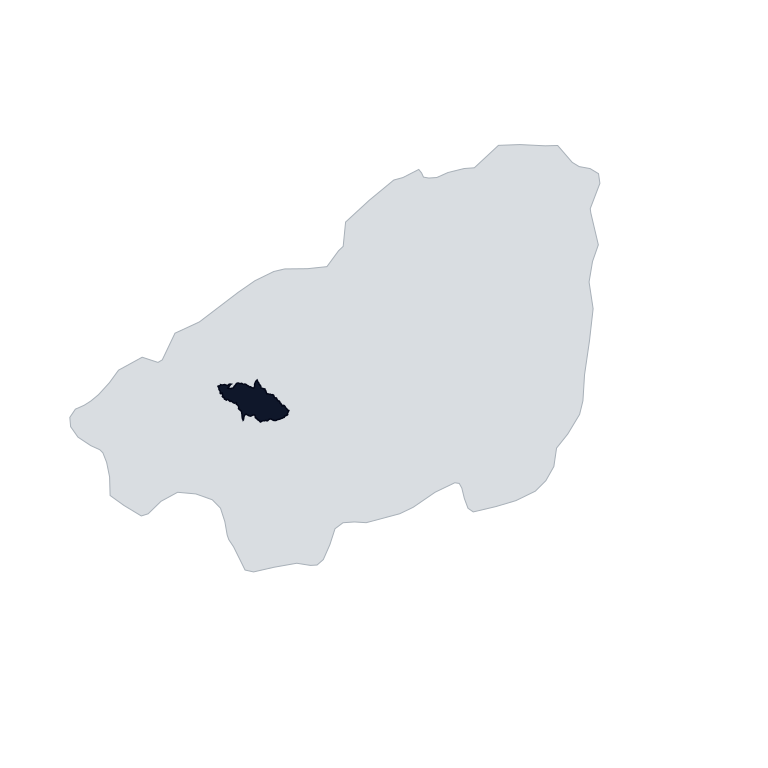 Saleng, Mongar, Bhutan shown in context, rotated 149°
{"feature_id": "84629894B77073852352819", "entity_name": "Saleng", "entity_type": "district", "adm_level": 2, "iso_a3": "BTN", "parent_name": "Bhutan", "parent_adm1": "Mongar", "projection": "natural_earth1", "projection_center": [91.106, 27.254], "detail": "fine", "context": "in_parent", "style": "filled", "palette": "ink", "viewbox_px": 768, "rotation_deg": 149, "n_neighbors": 0, "source": "geoboundaries", "source_scale": "gbopen_adm2", "svg_char_len": 6902}
<svg xmlns="http://www.w3.org/2000/svg" viewBox="0 0 768 768"><g transform="rotate(149 384 384)"><path d="M597.2,330.5L596.2,335.3L591.3,348.0L588.1,361.8L590.8,373.2L601.9,386.7L616.7,397.5L635.6,398.3L653.0,394.2L660.0,395.9L669.5,413.9L676.2,429.5L667.1,445.6L662.1,459.7L660.4,469.8L661.5,474.1L667.1,482.2L673.7,496.1L674.6,508.8L670.5,517.2L661.5,521.4L652.0,520.2L644.1,520.4L634.2,521.9L618.8,526.5L604.4,532.6L577.5,531.5L566.6,518.9L561.6,518.9L537.0,535.2L510.3,532.3L461.7,537.7L441.4,539.0L420.5,537.2L409.9,533.8L390.3,522.3L372.5,514.0L354.4,521.6L348.1,523.0L333.5,542.6L302.0,549.1L270.6,553.8L261.4,551.2L243.7,550.0L243.1,545.5L243.6,541.0L239.6,537.5L232.4,533.8L220.1,532.3L204.3,527.4L195.2,522.8L163.0,529.6L144.3,519.3L123.1,505.1L112.3,499.0L108.5,477.0L104.8,469.9L96.4,462.5L91.8,453.8L95.6,444.8L116.9,428.1L118.6,424.2L128.6,392.9L142.2,381.6L155.7,365.8L166.0,340.8L185.7,315.1L207.3,288.7L222.1,267.2L232.0,257.2L252.2,246.5L269.1,240.2L280.9,225.8L295.0,217.8L309.5,214.2L331.0,216.1L351.2,221.3L373.4,228.4L376.0,234.2L374.1,244.4L370.9,254.7L370.7,260.0L374.2,262.9L395.9,264.9L422.5,263.3L437.4,264.7L470.7,274.3L480.4,281.0L490.6,286.2L500.5,285.2L513.1,274.2L526.4,264.8L534.6,263.3L540.5,266.4L551.1,275.3L573.0,283.7L592.6,290.1L598.9,296.1L596.8,321.9L597.2,330.5Z" fill="#d9dde1" stroke="#a8b0b8" stroke-width="1"/><path d="M490.7,452.8L491.5,452.6L492.6,452.3L493.8,451.4L495.1,450.4L495.7,449.2L496.1,448.7L496.6,448.2L497.4,447.9L497.7,447.7L498.1,447.7L498.3,447.7L499.6,449.7L499.7,450.2L499.8,450.4L500.4,450.5L500.7,450.6L500.9,450.8L501.0,451.4L501.1,451.8L501.2,452.1L501.7,452.8L502.0,453.3L502.4,454.4L502.6,454.9L503.4,455.7L503.9,455.8L504.4,455.9L505.0,456.5L505.2,456.8L505.4,457.5L505.8,458.0L506.2,458.1L506.6,458.1L507.6,458.9L508.2,459.6L508.3,459.8L508.5,459.8L509.0,460.2L509.4,460.3L509.8,460.4L510.3,460.2L510.7,460.2L510.9,460.2L511.1,460.0L511.2,459.8L511.4,459.8L511.8,459.7L512.0,459.6L512.3,459.5L512.6,459.2L513.2,459.3L513.4,459.3L513.7,459.0L514.1,458.9L514.5,458.6L514.8,458.4L515.2,458.3L516.1,458.5L516.5,458.7L516.7,458.8L517.1,458.8L517.5,458.8L518.0,459.3L518.6,459.8L518.8,459.9L519.4,460.1L519.6,460.4L519.8,460.7L520.0,460.9L519.7,461.1L518.9,461.3L518.6,461.4L518.3,461.5L517.7,461.8L516.7,462.1L516.4,462.4L516.1,462.5L515.7,462.6L515.2,462.6L515.9,463.2L516.7,463.5L517.1,463.6L518.0,463.3L518.4,463.3L519.0,463.4L520.2,464.7L520.8,465.6L521.3,465.7L521.7,465.9L522.2,466.1L522.4,466.2L522.8,466.3L523.1,466.3L523.6,466.7L523.8,466.9L524.0,467.2L524.4,467.6L524.5,467.4L524.9,467.0L525.2,467.0L526.1,467.2L527.0,467.6L527.3,467.7L527.5,467.6L527.5,467.0L527.7,465.5L527.7,465.0L527.8,464.8L528.1,464.6L528.2,464.4L528.3,464.2L528.2,463.7L528.3,462.9L528.2,462.7L528.1,462.4L528.0,462.1L528.1,461.9L528.4,461.5L529.0,460.8L529.2,460.4L529.2,460.1L529.1,459.9L528.6,459.8L528.2,459.9L527.6,459.9L527.2,459.6L527.2,459.4L527.3,459.2L527.8,458.9L527.9,458.6L527.8,458.1L528.0,457.4L528.2,457.1L528.8,456.8L529.0,456.7L529.0,456.4L528.9,455.8L528.7,455.5L528.0,454.8L527.9,454.7L527.9,454.4L528.2,454.2L528.5,453.8L528.5,453.5L528.5,453.2L528.4,453.0L527.5,452.3L527.5,452.0L527.6,451.6L527.6,451.4L527.1,451.3L526.6,451.4L526.3,451.4L525.8,451.2L525.5,450.9L525.4,450.7L525.4,449.7L525.1,448.9L525.0,448.4L524.9,448.3L524.7,448.4L524.2,448.4L523.8,448.2L523.4,447.2L523.1,446.6L522.9,445.7L522.6,445.3L522.1,444.6L521.6,444.4L520.8,444.3L520.3,444.3L520.2,444.2L520.1,443.8L520.3,443.5L520.9,442.9L521.0,442.7L520.8,442.3L520.5,441.8L520.3,441.4L520.2,440.3L520.4,439.3L520.6,438.7L521.0,438.2L521.3,438.0L521.3,437.9L521.4,437.5L521.2,437.0L521.1,436.6L521.0,436.1L520.6,435.4L520.6,435.0L520.4,434.3L520.4,433.7L520.5,433.2L521.0,432.3L521.1,432.1L521.4,431.0L521.7,430.5L522.1,429.8L522.3,429.5L522.3,429.2L522.5,428.8L523.0,428.0L523.0,427.8L523.1,427.4L523.3,426.9L523.3,426.2L523.3,425.8L523.4,425.5L523.0,425.6L522.6,426.1L522.2,426.6L521.7,427.0L521.4,427.5L521.2,427.8L520.9,428.1L520.6,428.3L520.0,428.8L519.6,429.0L519.1,429.1L518.8,429.2L518.3,429.2L517.7,429.2L517.4,428.6L517.1,428.0L516.7,427.7L516.7,427.3L516.5,427.0L516.4,426.7L515.8,426.1L515.4,425.6L514.8,425.1L513.7,425.0L512.8,425.0L512.5,424.9L511.9,424.7L511.6,424.5L511.2,424.5L511.1,424.4L510.9,424.0L510.9,423.9L510.7,423.5L510.9,423.1L510.9,422.9L511.3,422.1L511.3,421.9L511.5,421.5L511.6,421.4L511.5,421.2L511.3,421.1L511.2,421.0L511.3,420.6L511.1,420.2L511.1,419.8L511.0,419.6L510.8,419.4L510.7,419.2L510.6,418.7L510.6,418.4L510.6,418.2L510.4,418.1L510.3,417.7L510.1,417.6L509.9,417.1L509.8,416.4L509.7,416.2L509.7,415.7L509.6,415.3L509.5,415.2L509.4,415.0L508.9,415.0L508.2,415.0L507.6,415.0L507.4,415.0L507.0,415.0L506.8,415.0L506.5,414.8L506.2,414.6L505.8,414.3L505.6,414.1L505.4,414.0L505.1,413.9L504.6,413.9L504.1,413.7L503.6,413.2L503.5,412.9L503.3,412.7L503.2,412.6L502.7,412.5L502.2,412.5L501.5,412.8L500.5,412.9L499.7,412.6L499.4,412.5L499.1,412.3L498.8,412.2L498.7,412.1L498.7,411.9L498.3,411.2L497.9,410.5L497.8,410.4L497.7,410.2L497.6,409.8L497.4,409.7L497.0,409.6L496.8,409.3L496.3,408.8L495.8,408.6L495.4,408.4L494.8,408.3L494.4,408.4L493.5,408.3L492.8,408.0L491.6,407.6L490.6,407.4L489.8,407.4L489.0,407.1L488.2,407.1L487.7,407.1L486.7,406.8L486.4,407.0L486.1,407.3L486.0,407.6L485.9,407.6L485.4,407.6L485.2,407.6L484.9,407.4L484.7,407.3L484.1,407.5L483.9,407.5L483.8,407.4L483.5,407.3L482.8,407.2L482.3,407.4L482.2,407.5L482.2,407.9L482.0,408.2L481.7,408.7L481.3,409.0L480.4,409.4L480.2,409.6L479.8,409.9L479.2,410.2L479.2,410.3L479.4,410.4L479.6,410.7L479.8,411.1L480.0,411.6L480.2,411.8L480.1,412.3L480.2,412.5L480.1,412.9L480.3,413.4L480.5,414.0L480.5,414.5L480.5,415.1L480.4,415.7L480.6,416.7L480.9,417.3L481.3,417.1L481.6,417.2L481.8,417.2L482.0,417.5L482.5,417.5L482.8,417.5L482.6,418.2L482.5,418.3L482.4,418.3L482.3,418.8L482.3,419.0L482.5,419.4L482.6,419.7L482.5,419.9L482.4,420.2L482.4,420.3L482.4,420.5L482.5,420.8L482.7,421.1L483.0,421.4L482.8,421.7L482.7,421.9L482.5,422.7L482.6,423.3L482.8,423.6L483.4,423.9L483.4,424.2L483.5,424.4L483.5,424.6L483.6,424.9L483.6,425.1L483.6,425.4L483.7,425.9L483.6,426.6L483.4,427.0L483.4,427.4L483.7,427.6L483.9,427.7L484.2,428.1L484.5,428.3L484.7,428.5L484.9,428.8L484.8,429.4L484.7,429.8L484.5,430.7L484.4,431.3L484.6,431.6L484.9,432.2L485.2,432.3L485.5,432.5L485.8,432.6L486.4,433.2L486.7,433.8L487.0,433.9L487.7,434.4L488.5,435.3L489.1,435.7L489.5,435.9L489.5,436.0L489.4,436.8L489.1,437.8L489.1,438.6L489.1,438.8L488.8,439.2L488.8,439.5L488.9,439.8L489.0,440.1L488.9,440.5L488.7,440.8L488.6,441.0L488.9,441.4L489.2,441.4L489.3,441.4L489.6,441.6L489.7,441.9L489.8,442.2L490.3,442.7L491.0,443.4L491.5,444.0L491.4,444.4L491.3,444.6L490.7,445.6L490.9,446.5L490.8,447.3L490.9,447.5L491.1,447.8L491.2,448.1L491.0,448.6L490.9,448.9L490.8,449.7L490.9,450.1L491.0,450.4L491.0,451.0L491.0,451.4L490.8,451.9L490.7,452.8Z" fill="#0f172a" stroke="#020617" stroke-width="1.5"/></g></svg>